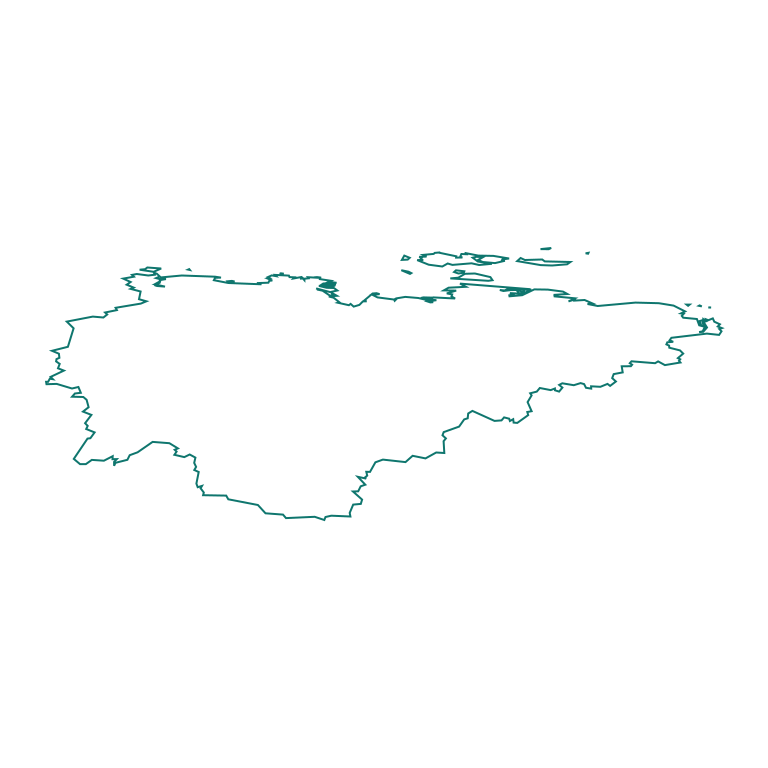 the border of Sakha (Yakutia)
{"feature_id": "RUS-2612", "entity_name": "Sakha (Yakutia)", "entity_type": "Autonomous Province", "adm_level": 1, "iso_a3": "RUS", "parent_name": "Russia", "parent_adm1": "", "projection": "equal_earth", "projection_center": [131.922, 66.295], "detail": "fine", "context": "isolated", "style": "outline", "palette": "teal", "viewbox_px": 768, "rotation_deg": 0, "n_neighbors": 0, "source": "natural_earth", "source_scale": "10m", "svg_char_len": 6110}
<svg xmlns="http://www.w3.org/2000/svg" viewBox="0 0 768 768"><path d="M136.8,274.0L148.3,275.5L154.8,274.7L153.9,272.7L156.8,273.7L159.8,276.5L156.1,278.1L159.9,279.1L159.7,281.5L154.5,284.4L155.2,285.4L157.1,286.0L165.0,286.6L155.1,284.4L159.7,282.8L160.5,280.0L165.9,279.1L160.0,277.5L181.8,275.5L215.1,276.7L221.0,277.6L215.1,277.8L213.9,280.2L228.3,283.0L261.5,284.3L256.9,283.1L268.4,282.7L269.3,280.8L272.3,280.5L267.5,278.5L269.7,278.1L267.9,277.1L271.7,275.4L276.3,276.2L275.1,274.9L288.9,275.6L289.5,277.1L294.5,277.3L293.4,278.5L301.5,277.0L302.6,277.9L300.0,278.7L302.9,278.5L304.4,280.2L304.4,278.7L308.5,278.3L307.8,277.2L320.2,277.9L319.9,279.1L331.0,280.8L328.8,281.8L336.6,282.8L323.3,283.5L321.5,284.7L335.1,285.6L333.3,286.1L325.4,285.4L318.9,285.9L326.7,287.8L333.9,288.0L337.3,290.5L330.2,292.1L316.2,288.4L318.3,289.4L317.0,289.5L322.6,290.7L330.0,295.7L332.9,294.9L331.4,292.7L336.9,295.8L328.8,296.5L333.6,297.7L339.2,302.1L337.7,302.7L348.9,305.2L350.6,303.9L353.7,306.6L359.4,304.9L362.9,301.4L366.7,301.3L363.9,300.8L372.6,293.5L376.5,293.2L379.6,294.1L372.6,294.9L377.5,297.4L395.4,299.7L394.5,300.4L394.7,300.8L395.8,299.7L394.9,299.1L396.2,298.4L405.3,296.9L418.3,298.0L429.0,300.6L427.0,301.3L430.3,302.4L433.2,302.2L429.4,301.2L436.4,300.2L430.3,299.5L433.2,297.4L455.1,298.5L451.5,296.4L452.2,294.4L446.8,293.4L456.2,290.6L443.8,290.4L448.6,287.7L466.0,286.8L460.0,283.6L530.4,289.2L509.0,288.3L504.6,290.5L499.8,290.0L503.4,291.0L510.6,290.1L531.3,289.6L521.4,294.4L521.3,292.6L525.1,291.5L521.0,292.1L519.8,290.6L516.7,290.3L519.4,293.6L510.0,293.1L512.9,294.6L509.3,295.3L509.5,296.3L522.2,295.2L534.3,289.4L547.8,289.6L563.0,291.6L567.4,294.0L553.6,294.9L556.0,295.5L553.8,296.3L574.9,298.3L568.5,301.4L575.0,299.4L574.5,300.6L584.6,300.0L592.6,303.5L587.5,304.0L597.7,306.0L635.4,302.6L658.8,303.2L673.6,305.6L685.1,311.4L681.0,313.4L683.7,313.8L681.8,315.9L683.2,317.7L696.9,319.0L699.2,325.3L704.9,326.8L702.7,331.3L699.1,332.1L703.2,331.8L707.0,327.5L703.7,322.1L712.8,318.4L714.3,321.7L719.9,324.3L717.8,326.5L721.9,328.1L719.3,329.0L721.5,331.3L719.1,334.9L706.9,333.6L671.4,337.8L669.6,340.3L673.2,341.8L667.3,342.3L666.4,344.4L669.1,345.6L669.3,347.7L680.0,350.4L683.2,353.6L677.9,358.1L680.2,359.3L679.0,360.8L680.4,362.5L664.9,365.1L658.1,361.4L655.1,363.2L631.5,361.3L629.8,363.2L632.1,364.7L630.9,366.2L621.7,366.3L622.7,372.4L613.7,374.1L612.2,378.1L615.9,381.5L610.1,385.9L607.5,383.9L600.4,386.8L591.1,386.3L591.2,388.6L586.0,387.8L584.1,384.1L580.6,383.1L573.8,385.2L562.3,383.3L559.2,384.9L562.4,387.6L559.1,391.6L555.0,390.3L554.9,388.5L550.7,390.1L539.8,388.0L536.8,391.6L530.2,393.3L531.6,395.4L527.6,402.1L531.6,411.2L527.3,412.0L528.2,415.1L517.3,422.9L513.6,422.6L513.2,419.2L509.9,421.0L509.2,418.7L504.1,417.4L501.5,420.4L494.5,420.9L472.4,410.9L468.2,413.5L467.7,418.3L464.2,419.4L459.1,426.6L443.7,432.1L442.5,435.3L445.9,438.4L443.6,441.2L444.3,453.0L436.2,452.5L425.5,458.4L412.6,455.8L405.5,462.1L382.9,459.6L375.4,462.3L370.0,471.9L366.3,471.8L367.2,475.6L364.8,477.6L366.2,478.6L357.8,476.8L365.3,484.7L360.7,486.3L358.2,491.3L353.0,491.5L362.1,499.6L360.8,503.9L353.2,504.6L349.7,512.9L350.4,516.5L331.3,515.7L325.5,517.0L324.3,520.0L314.7,516.8L286.0,518.1L283.0,514.6L265.5,513.3L257.9,505.0L228.3,499.3L226.2,495.6L203.1,495.2L203.8,492.5L200.6,488.3L202.0,485.9L197.7,487.2L196.4,483.6L198.7,472.0L194.3,470.0L196.1,466.9L194.2,462.9L195.4,457.6L189.7,454.5L184.3,457.1L174.4,454.8L176.6,451.6L174.7,449.8L177.9,448.4L169.4,443.2L152.6,441.9L137.6,452.3L129.7,455.2L127.4,459.8L115.5,462.8L114.1,465.8L114.1,461.9L116.8,459.1L112.5,459.2L112.7,456.2L103.9,460.7L91.8,459.9L85.9,464.1L80.0,464.1L73.8,458.9L87.5,438.6L90.4,438.2L94.6,432.4L86.2,429.0L87.7,425.9L85.1,423.2L91.4,414.9L83.0,411.6L88.6,407.2L86.6,399.8L83.3,397.0L72.1,396.7L74.9,393.5L80.8,392.8L78.4,387.0L72.0,388.5L56.7,383.9L46.5,384.2L46.1,381.8L48.1,381.8L49.8,378.7L52.9,379.2L50.6,376.9L63.9,370.6L58.0,368.3L59.7,363.9L56.1,361.4L56.5,359.1L59.4,357.8L58.9,353.7L52.0,350.8L67.9,346.8L73.6,328.3L66.8,321.6L92.8,316.6L103.4,317.5L107.2,314.5L105.1,312.5L116.9,310.1L115.6,307.8L140.8,303.6L146.4,301.3L139.0,299.2L140.6,291.5L130.7,288.9L133.7,287.6L126.7,284.7L130.6,282.0L123.2,278.6L133.9,276.7L132.0,274.9L136.8,274.0ZM509.1,258.5L502.4,259.4L501.9,260.4L504.9,260.8L495.0,263.1L482.7,262.0L478.2,259.9L483.3,257.0L476.2,256.8L472.7,257.7L477.8,261.5L491.9,263.8L479.1,265.0L471.6,263.3L452.4,264.9L447.7,263.5L442.3,266.5L428.7,264.7L417.2,260.1L423.3,260.0L420.2,259.6L421.7,257.9L419.2,256.8L426.5,256.6L423.1,254.9L433.7,253.9L434.7,252.9L440.3,252.4L438.6,252.6L456.3,256.3L456.1,257.6L462.4,257.5L460.2,256.7L461.4,254.0L468.2,254.3L464.6,252.9L478.3,255.6L493.4,255.9L509.1,258.5ZM544.8,261.4L570.4,262.0L567.1,264.3L552.1,265.5L540.7,265.1L517.2,261.1L520.6,258.0L524.9,260.0L542.2,259.5L544.8,261.4ZM490.4,277.1L492.5,280.2L488.3,280.8L450.3,278.4L458.3,277.7L464.9,273.8L474.9,273.5L490.4,277.1ZM161.2,268.5L153.6,271.8L139.6,269.7L145.1,269.2L147.3,267.5L161.2,268.5ZM464.3,271.3L463.8,272.7L458.4,273.5L454.1,272.0L456.0,270.3L464.3,271.3ZM409.7,257.8L407.7,259.6L401.9,259.9L404.3,255.6L409.7,257.8ZM323.6,284.5L331.2,283.2L335.8,284.5L333.5,285.0L323.6,284.5ZM702.9,323.7L706.3,327.4L705.2,327.9L705.3,326.6L701.3,325.5L699.5,321.1L702.4,320.2L702.9,323.7ZM411.3,273.1L410.0,273.9L401.3,270.2L408.5,271.7L411.3,273.1ZM431.1,297.6L428.7,299.1L420.8,298.0L423.3,297.4L431.1,297.6ZM551.2,248.0L548.7,249.2L540.5,249.1L551.2,248.0ZM327.3,285.9L330.8,286.7L321.1,286.3L327.3,285.9ZM234.6,281.5L228.3,282.2L227.5,281.3L231.9,280.9L234.6,281.5ZM703.2,319.1L705.5,321.3L702.7,321.7L703.2,319.1ZM689.6,304.6L688.1,305.8L686.6,304.6L689.6,304.6ZM588.5,252.8L588.1,253.7L585.6,253.3L588.5,252.8ZM280.8,273.3L283.8,273.7L279.7,273.8L280.8,273.3ZM705.5,319.1L708.0,320.1L705.5,319.3L705.5,319.1ZM313.8,277.4L317.0,277.1L321.1,277.6L317.9,277.6L313.8,277.4ZM189.2,269.1L189.9,270.0L188.1,269.6L189.2,269.1ZM699.6,305.4L701.8,306.4L698.9,305.8L699.6,305.4ZM709.5,307.4L711.1,307.5L708.3,307.5L709.5,307.4Z" fill="none" stroke="#0f766e" stroke-width="2"/></svg>